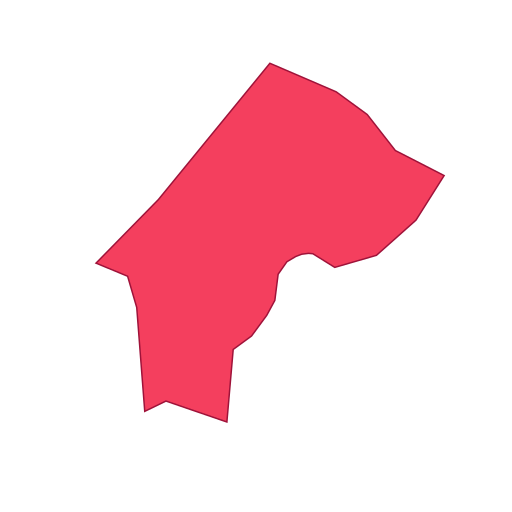 the Municipality of Šoštanj, rotated 291°
{"feature_id": "SVN-995", "entity_name": "Šoštanj", "entity_type": "Municipality", "adm_level": 1, "iso_a3": "SVN", "parent_name": "Slovenia", "parent_adm1": "", "projection": "mercator", "projection_center": [14.991, 46.406], "detail": "fine", "context": "isolated", "style": "filled", "palette": "rose", "viewbox_px": 512, "rotation_deg": 291, "n_neighbors": 0, "source": "natural_earth", "source_scale": "10m", "svg_char_len": 480}
<svg xmlns="http://www.w3.org/2000/svg" viewBox="0 0 512 512"><g transform="rotate(291 256 256)"><path d="M192.0,109.2L273.6,144.6L440.9,199.9L438.0,272.1L427.9,309.2L404.4,348.3L398.5,402.8L346.8,392.5L299.8,368.2L273.6,333.6L278.5,308.3L277.3,304.1L274.1,298.1L269.8,293.3L261.7,286.9L246.9,283.2L221.3,289.5L204.5,287.3L179.7,280.5L160.6,268.2L90.6,288.3L88.3,223.9L71.1,207.8L165.2,163.1L191.1,143.4L192.0,109.2Z" fill="#f43f5e" stroke="#9f1239" stroke-width="1.5"/></g></svg>